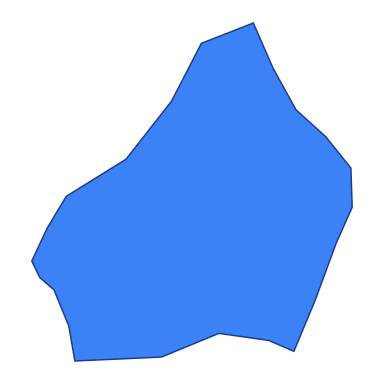 an SVG outline of La Romana
{"feature_id": "DOM-1988", "entity_name": "La Romana", "entity_type": "Province", "adm_level": 1, "iso_a3": "DOM", "parent_name": "Dominican Republic", "parent_adm1": "", "projection": "albers", "projection_center": [-68.979, 18.531], "detail": "fine", "context": "isolated", "style": "filled", "palette": "blue", "viewbox_px": 384, "rotation_deg": 0, "n_neighbors": 0, "source": "natural_earth", "source_scale": "10m", "svg_char_len": 398}
<svg xmlns="http://www.w3.org/2000/svg" viewBox="0 0 384 384"><path d="M293.9,351.3L268.5,340.4L218.8,333.4L161.5,357.0L74.9,361.0L68.8,326.0L54.0,289.9L39.8,277.6L31.8,261.1L47.3,227.9L66.3,196.3L126.0,159.2L171.5,101.2L201.4,43.3L253.3,23.0L273.0,68.1L296.0,109.8L325.9,136.9L350.9,168.1L352.2,207.2L336.1,243.4L315.1,300.4L293.9,351.3Z" fill="#3b82f6" stroke="#1e3a8a" stroke-width="1.5"/></svg>